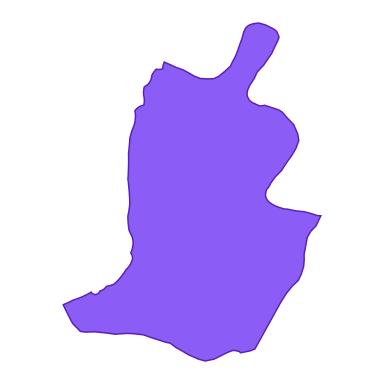 Banha, Al Qalyubiyah, Egypt (orthographic projection)
{"feature_id": "37247803B4989882956634", "entity_name": "Banha", "entity_type": "district", "adm_level": 2, "iso_a3": "EGY", "parent_name": "Egypt", "parent_adm1": "Al Qalyubiyah", "projection": "orthographic", "projection_center": [31.184, 30.466], "detail": "fine", "context": "isolated", "style": "filled", "palette": "violet", "viewbox_px": 384, "rotation_deg": 0, "n_neighbors": 0, "source": "geoboundaries", "source_scale": "gbopen_adm2", "svg_char_len": 5047}
<svg xmlns="http://www.w3.org/2000/svg" viewBox="0 0 384 384"><path d="M63.2,304.8L65.7,310.0L68.1,314.7L71.2,320.9L73.2,324.1L80.4,331.4L85.5,332.1L94.6,331.8L107.5,333.1L114.8,334.2L126.6,333.4L131.6,333.6L133.5,333.7L143.3,334.8L152.1,337.9L153.9,338.4L155.9,339.1L165.5,342.2L170.3,343.2L175.8,347.4L181.6,350.7L188.9,354.9L198.1,359.0L205.2,361.0L214.1,359.1L221.0,355.7L226.8,352.7L233.2,350.3L238.9,351.3L240.7,352.8L250.4,350.8L254.9,349.0L281.0,301.8L286.4,293.4L289.5,289.5L291.8,286.6L298.3,280.4L301.1,274.4L303.6,266.8L304.2,259.9L304.1,254.4L307.3,237.2L310.8,231.3L316.1,225.8L320.8,215.8L317.0,215.5L311.3,213.6L304.0,211.7L300.1,211.3L295.4,210.8L287.8,209.2L283.9,208.9L276.7,206.6L271.7,204.0L268.8,201.8L266.7,199.2L265.5,196.1L265.7,192.9L266.5,189.6L268.4,187.5L271.1,182.7L274.6,177.6L278.4,173.7L281.6,170.3L287.5,161.3L290.3,157.6L291.9,155.2L292.2,154.6L292.6,154.1L295.9,148.5L298.8,140.5L297.7,133.8L296.5,131.2L293.7,124.6L289.4,120.2L285.7,116.2L282.2,112.1L278.7,109.9L276.4,109.1L264.7,105.3L260.0,106.1L255.4,104.0L251.5,102.1L249.2,100.0L247.6,97.0L247.0,94.1L247.7,89.9L249.6,85.6L254.2,78.5L257.1,72.2L263.8,64.9L266.5,60.9L271.7,53.4L274.9,46.6L277.7,40.8L278.6,38.6L279.0,36.8L276.6,31.3L273.5,28.9L265.5,24.9L258.7,23.0L253.4,23.7L250.5,24.6L248.3,25.6L245.6,28.1L243.8,31.9L241.7,39.3L239.6,45.0L237.3,51.7L235.5,56.3L231.8,63.1L230.6,66.1L228.0,68.4L225.2,71.0L218.9,76.2L213.9,78.7L207.8,78.9L203.0,78.6L200.4,78.5L194.4,76.2L189.8,73.5L183.2,69.9L175.8,67.3L170.8,64.9L166.1,62.9L164.3,62.0L164.0,62.6L163.7,63.5L163.4,64.4L163.2,65.3L163.0,66.2L162.9,66.7L162.9,67.2L162.8,68.1L162.8,68.7L162.6,68.8L161.9,69.0L161.2,69.2L160.5,69.3L159.7,69.4L159.0,69.4L158.3,69.4L157.6,69.4L157.2,69.3L156.9,69.3L156.3,69.1L156.0,69.4L155.3,70.2L155.0,70.6L154.6,71.0L154.0,71.8L153.7,72.3L153.4,72.7L152.9,73.6L152.6,74.0L152.4,74.5L151.9,75.4L151.7,75.8L151.7,76.4L151.6,77.2L151.4,78.0L151.2,78.8L151.0,79.5L150.7,80.3L150.3,81.0L149.9,81.7L149.5,82.3L149.0,83.0L148.5,83.6L148.0,84.2L147.4,84.7L146.8,85.2L146.2,85.7L145.9,85.9L145.5,86.1L144.8,86.5L144.6,86.6L144.4,86.7L144.2,87.4L144.0,88.0L143.8,89.0L143.7,90.0L143.6,91.0L143.5,92.0L143.5,92.5L143.5,93.0L143.6,94.0L143.6,94.5L143.6,95.0L143.8,95.8L143.9,96.3L144.1,97.3L144.2,98.3L144.2,98.7L144.3,99.2L144.3,100.2L144.3,100.7L144.3,101.2L144.3,102.2L144.2,102.7L144.1,103.1L144.0,104.1L143.8,105.1L143.1,105.3L142.4,105.5L141.9,105.6L141.6,105.7L140.9,106.0L140.2,106.3L139.8,106.5L139.5,106.6L138.8,107.0L138.5,107.3L138.1,107.5L137.5,108.0L136.9,108.5L136.4,109.0L135.8,109.6L135.4,110.2L134.9,110.8L135.1,112.0L135.3,113.3L135.3,114.0L135.4,114.6L135.4,115.9L135.4,116.5L135.4,117.2L135.3,118.5L135.3,119.1L135.2,119.8L135.1,121.0L135.0,121.7L134.9,122.3L134.6,123.6L134.6,123.8L134.5,124.0L133.8,125.9L133.0,127.9L132.3,129.9L131.6,131.9L131.0,133.9L130.5,135.9L130.1,137.3L129.9,138.0L129.8,138.5L129.8,138.9L129.6,142.4L129.3,145.8L129.0,149.3L128.6,152.7L128.6,153.2L128.5,153.7L128.6,156.5L128.6,159.9L128.6,163.3L128.5,166.7L128.4,170.1L128.3,173.4L128.1,176.8L127.9,179.0L128.3,181.8L128.6,184.9L128.9,188.1L129.2,191.2L129.4,194.4L129.6,197.6L129.7,200.7L129.8,203.5L129.6,205.3L129.4,207.3L129.1,209.4L128.8,211.5L128.4,213.5L128.0,215.6L127.9,216.0L127.9,216.3L127.9,218.3L128.0,219.8L128.0,220.0L128.0,220.3L128.1,222.4L128.3,224.4L128.5,226.4L128.8,228.4L129.1,230.4L129.1,230.5L129.9,232.1L130.9,234.1L131.8,236.1L132.1,236.9L132.4,237.8L132.6,238.7L132.7,239.2L132.8,239.7L133.0,240.6L133.0,241.1L133.1,241.5L133.1,242.5L133.1,243.0L133.1,243.4L133.0,244.4L133.0,244.8L132.9,245.3L132.8,246.2L132.7,246.4L132.7,246.6L132.6,247.2L132.4,248.2L132.3,248.7L132.2,249.2L131.9,250.2L131.7,250.6L131.5,251.1L131.1,252.1L130.7,252.9L130.9,253.2L131.2,253.6L131.3,253.7L131.6,254.3L131.9,254.9L132.0,255.2L132.1,255.5L132.3,256.1L132.4,256.7L132.5,257.4L132.5,258.0L132.5,258.7L132.5,258.8L132.3,259.5L132.0,260.5L131.8,261.0L131.7,261.5L131.3,262.4L131.0,262.9L130.8,263.4L130.4,264.3L130.1,264.7L129.8,265.1L129.3,266.0L129.0,266.4L128.7,266.8L128.0,267.6L127.7,268.0L127.4,268.4L126.6,269.1L125.9,269.8L125.4,270.6L124.5,272.1L123.5,273.5L122.5,274.9L121.4,276.3L120.4,277.6L119.3,278.9L118.1,280.2L116.9,281.4L115.7,282.6L114.4,283.8L114.0,284.1L113.5,284.4L112.4,284.8L111.8,285.0L111.3,285.2L110.2,285.5L109.6,285.7L109.0,285.8L107.9,286.1L106.8,286.3L106.4,286.4L106.2,286.6L105.9,287.1L105.3,287.8L104.8,288.3L104.3,288.8L103.7,289.2L103.1,289.6L102.5,290.0L102.2,290.2L101.8,290.3L101.6,290.4L101.2,290.6L100.5,290.8L99.8,291.1L99.6,291.5L99.4,292.0L99.2,292.3L98.9,292.8L98.6,293.1L98.2,293.4L97.8,293.7L97.4,293.9L97.0,294.1L96.5,294.3L96.1,294.4L95.6,294.5L95.1,294.5L94.6,294.4L94.1,294.3L93.7,294.2L93.2,294.0L92.8,293.8L92.4,293.5L92.0,293.2L91.7,292.9L91.4,292.5L91.2,292.1L90.3,292.6L88.6,293.6L86.9,294.5L85.1,295.4L83.3,296.3L81.5,297.1L79.6,297.8L77.8,298.5L75.9,299.2L74.1,299.8L73.6,300.0L73.1,300.1L71.0,301.2L68.8,302.3L66.5,303.3L64.2,304.3L63.7,304.5L63.2,304.8Z" fill="#8b5cf6" stroke="#5b21b6" stroke-width="1.5"/></svg>